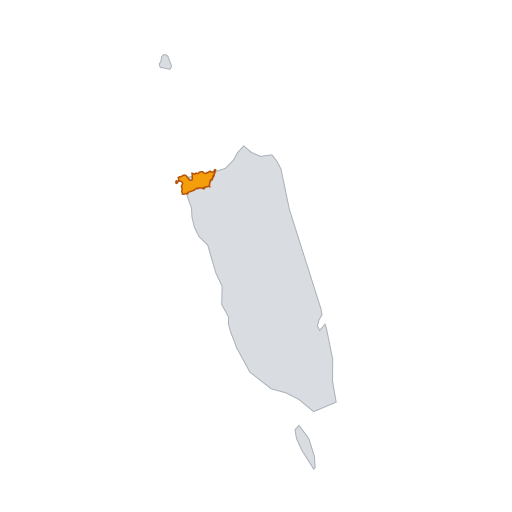 Cabo Rojo, Puerto Rico shown in context, rotated 71°
{"feature_id": "32010507B73379646065034", "entity_name": "Cabo Rojo", "entity_type": "district", "adm_level": 2, "iso_a3": "PRI", "parent_name": "Puerto Rico", "parent_adm1": "", "projection": "albers", "projection_center": [-67.16, 18.05], "detail": "fine", "context": "in_parent", "style": "filled", "palette": "amber", "viewbox_px": 512, "rotation_deg": 71, "n_neighbors": 0, "source": "geoboundaries", "source_scale": "gbopen_adm2", "svg_char_len": 3887}
<svg xmlns="http://www.w3.org/2000/svg" viewBox="0 0 512 512"><g transform="rotate(71 256 256)"><path d="M336.9,217.2L342.0,220.6L347.1,220.1L343.0,212.9L346.7,212.9L378.6,217.1L399.2,224.4L420.3,227.8L421.9,252.2L405.7,262.1L395.1,272.3L386.5,284.9L363.8,299.6L336.3,304.2L318.1,304.7L311.2,304.2L304.6,301.8L290.7,304.2L273.6,297.9L259.0,299.5L230.0,298.1L219.1,303.6L208.7,304.9L198.5,303.9L189.7,301.4L168.2,301.6L159.1,296.8L162.9,269.0L163.2,256.4L157.9,246.0L152.1,239.5L147.9,231.8L156.4,226.7L163.3,219.3L165.5,208.1L173.1,205.4L182.0,204.1L223.0,209.3L327.0,211.8L332.9,212.7L336.9,217.2ZM454.6,275.9L441.6,277.1L433.0,275.7L430.1,270.5L445.9,265.5L464.4,266.0L475.1,268.9L476.4,270.8L454.6,275.9ZM46.4,285.0L44.8,285.2L43.2,285.0L42.5,284.5L41.5,282.9L36.7,280.2L35.6,277.8L36.7,275.3L38.6,274.3L48.3,274.0L49.3,274.3L51.2,276.1L51.2,277.3L50.3,278.5L48.6,281.6L47.9,282.4L47.3,283.1L47.1,284.5L46.4,285.0Z" fill="#d9dde1" stroke="#a8b0b8" stroke-width="1"/><path d="M161.9,266.2L161.4,266.2L161.0,267.0L161.6,267.6L162.2,268.0L162.3,268.3L162.4,268.7L162.5,269.4L162.2,270.5L161.5,271.5L161.0,271.7L160.8,271.8L160.9,272.8L161.3,273.4L161.4,273.5L161.4,273.9L161.4,274.2L161.2,274.8L161.3,274.8L161.6,275.8L161.5,276.5L161.5,276.8L161.3,277.4L161.3,277.5L160.6,278.1L160.2,278.3L159.5,278.7L159.4,278.7L158.6,279.8L158.4,281.3L158.4,282.3L158.8,283.0L159.2,284.1L158.9,284.5L158.4,285.2L158.1,285.9L158.2,286.3L158.3,286.5L158.5,286.8L158.8,287.1L158.4,287.7L157.6,288.6L156.9,289.5L157.2,289.6L158.0,289.8L158.3,289.9L158.8,290.0L159.3,290.1L160.1,290.4L160.6,290.5L160.8,290.6L161.6,290.9L161.9,291.0L162.1,291.0L162.3,291.1L162.7,291.3L162.9,291.4L163.0,291.5L163.3,292.0L163.2,293.0L162.9,293.8L162.3,294.2L162.2,294.2L161.5,294.3L160.3,294.8L160.0,295.0L159.9,295.0L159.0,295.3L158.8,295.4L157.3,296.0L156.9,296.3L156.4,296.9L156.0,298.0L156.1,298.7L156.1,298.8L156.3,299.6L156.4,299.8L156.4,300.5L156.5,300.7L156.5,301.3L156.2,302.5L156.5,303.4L156.5,304.0L157.8,304.0L158.5,304.1L159.5,304.8L159.6,305.5L159.7,305.9L159.5,306.5L159.3,306.7L159.1,306.8L159.5,307.6L159.8,307.5L160.2,307.5L160.7,307.5L160.9,307.9L161.3,307.9L161.5,307.3L161.3,306.6L161.0,306.3L160.9,306.3L160.5,305.8L160.2,305.2L160.1,304.9L160.1,304.0L160.1,303.9L160.4,303.4L160.5,303.3L161.0,302.5L161.8,302.0L162.9,301.7L163.6,301.8L164.1,302.2L164.3,302.4L164.7,302.7L165.4,303.4L165.5,303.8L166.4,303.9L166.8,303.9L167.3,303.9L168.3,303.8L168.8,304.1L169.0,304.2L169.8,304.6L170.5,305.1L171.2,305.2L172.5,305.2L173.6,305.4L173.7,304.7L174.0,304.2L174.0,303.7L174.2,303.3L174.1,302.1L174.3,301.7L174.3,301.4L174.6,301.0L174.9,300.2L174.4,299.8L174.0,299.8L173.7,299.7L173.6,299.4L173.7,299.0L173.7,296.3L173.7,296.0L173.7,294.0L173.4,293.6L173.6,293.0L173.5,292.6L173.0,291.6L173.1,291.0L173.0,290.7L173.0,290.4L172.6,290.2L172.7,289.8L173.1,289.1L173.5,288.8L173.2,288.3L173.0,288.2L172.9,287.7L173.1,287.3L173.5,286.8L173.8,285.9L174.1,284.9L174.5,284.7L174.7,284.2L175.4,283.9L175.5,283.2L175.2,283.1L175.1,282.7L174.6,282.7L174.3,282.8L174.2,281.8L174.5,281.5L174.3,281.0L174.5,280.8L174.4,280.4L174.5,280.0L174.7,279.6L174.6,279.1L174.6,278.4L174.8,278.3L174.8,277.6L175.4,277.2L175.2,277.1L174.7,277.3L174.4,277.2L174.1,277.2L173.5,276.7L173.2,276.7L172.6,276.2L172.1,276.1L171.6,275.7L171.4,275.8L170.9,275.6L170.6,275.0L170.5,274.7L170.0,274.5L169.9,274.6L169.7,274.5L169.7,274.2L169.4,273.9L169.5,273.8L169.3,273.3L169.4,273.0L169.7,273.0L169.6,272.6L169.4,272.5L169.2,272.7L169.2,272.4L168.5,272.4L168.4,271.7L167.5,271.3L167.5,271.0L167.2,271.1L167.0,270.6L166.9,270.8L166.7,270.8L166.8,270.4L166.5,270.2L166.3,270.3L166.3,269.6L165.9,269.4L165.9,269.2L165.5,269.1L165.3,268.9L164.9,269.0L164.6,268.6L164.1,268.5L164.3,268.1L164.2,268.0L164.0,267.9L163.4,267.8L163.1,267.3L162.9,267.1L162.3,266.7L161.9,266.3L161.9,266.2Z" fill="#f59e0b" stroke="#b45309" stroke-width="1.5"/></g></svg>